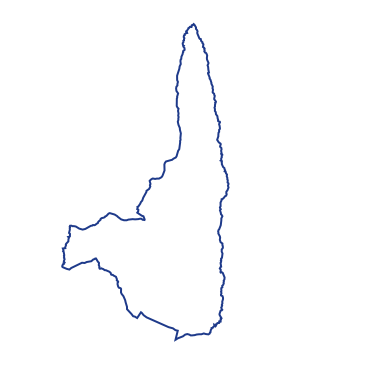 the district of Água Clara, Mato Grosso do Sul, Brazil, rotated 216°
{"feature_id": "56859067B67958328223895", "entity_name": "Água Clara", "entity_type": "district", "adm_level": 2, "iso_a3": "BRA", "parent_name": "Brazil", "parent_adm1": "Mato Grosso do Sul", "projection": "albers", "projection_center": [-52.844, -20.147], "detail": "fine", "context": "isolated", "style": "outline", "palette": "blue", "viewbox_px": 384, "rotation_deg": 216, "n_neighbors": 0, "source": "geoboundaries", "source_scale": "gbopen_adm2", "svg_char_len": 5997}
<svg xmlns="http://www.w3.org/2000/svg" viewBox="0 0 384 384"><g transform="rotate(216 192 192)"><path d="M253.4,55.7L252.7,55.2L251.9,55.3L248.1,56.2L245.6,57.2L245.0,59.6L239.4,70.1L237.1,71.5L236.0,73.5L232.8,76.8L232.2,79.4L231.3,80.6L231.2,81.3L230.6,81.8L227.2,80.3L225.8,80.1L225.3,79.6L224.5,78.1L223.1,77.3L222.5,76.2L221.6,75.7L220.9,76.2L220.6,76.9L218.3,77.5L216.8,77.4L215.7,78.1L212.1,78.9L210.4,78.8L208.9,77.7L208.1,77.9L207.4,78.4L206.3,78.3L203.7,78.7L201.5,77.3L200.9,76.3L199.2,76.2L198.8,75.6L198.9,75.0L198.1,73.7L196.3,72.2L195.0,71.6L193.2,72.2L192.4,71.9L190.4,69.0L189.0,68.2L186.2,67.4L182.5,65.2L180.8,63.7L177.1,60.9L175.7,59.0L169.2,57.7L166.6,56.9L165.0,57.6L162.3,57.8L162.6,64.7L161.6,64.7L158.7,63.9L155.0,63.9L131.5,68.9L127.3,70.5L124.2,70.5L122.0,71.4L118.5,62.8L117.4,65.4L114.5,69.9L113.7,72.6L112.3,74.3L110.2,75.1L108.8,75.2L107.8,75.9L105.7,77.8L104.4,79.5L102.5,81.2L100.8,82.4L99.3,84.5L97.3,85.2L95.0,86.5L94.5,87.9L94.9,88.8L94.6,89.3L95.6,91.2L95.8,92.9L96.2,93.4L95.4,94.3L95.5,95.5L95.0,96.7L95.5,97.2L94.1,97.0L94.0,97.7L94.2,98.2L94.9,98.8L94.3,99.2L94.4,100.9L93.1,101.9L93.1,102.6L93.6,102.7L93.9,103.3L92.8,104.1L93.7,105.0L93.5,105.6L93.8,106.4L94.4,106.7L94.1,107.3L96.7,108.4L97.6,108.9L98.1,109.6L99.1,112.7L98.9,113.3L98.4,113.7L98.3,114.5L99.4,114.9L100.5,115.8L100.4,116.4L100.9,117.9L101.5,118.1L102.0,119.9L103.0,120.9L104.0,123.7L105.0,124.9L106.1,125.7L107.7,125.4L108.3,126.1L108.7,127.5L109.9,128.4L110.0,129.2L111.4,130.8L111.8,131.6L111.4,132.7L112.4,133.8L112.2,135.3L112.7,136.9L113.2,137.2L113.7,138.5L114.2,138.8L114.4,140.3L115.4,142.0L119.5,144.6L120.7,144.6L121.4,143.7L122.0,144.0L122.2,144.8L123.2,146.1L124.5,146.4L124.8,148.0L124.5,148.7L127.2,151.4L127.4,152.7L128.4,153.6L128.3,154.2L128.9,154.6L129.3,155.2L129.1,156.4L131.2,160.2L132.9,161.2L134.2,163.0L134.1,164.5L134.5,165.4L135.5,166.5L136.2,166.9L137.1,168.2L139.4,168.2L141.4,169.7L142.3,171.5L143.4,172.5L146.3,173.9L147.0,175.0L147.7,175.5L148.2,176.9L148.1,177.8L149.2,182.0L151.6,186.3L152.7,187.8L153.2,190.3L154.8,191.0L155.4,191.0L156.7,192.3L158.7,193.7L158.6,195.0L159.9,195.5L160.4,196.0L160.5,197.3L162.7,200.2L163.1,202.3L163.8,203.6L163.2,204.1L162.8,206.1L162.8,207.9L162.2,209.1L162.7,210.7L163.5,211.1L164.4,212.5L164.3,214.1L165.1,217.1L166.6,218.2L167.1,219.8L167.6,220.4L168.8,220.6L170.0,222.6L170.9,223.0L171.7,224.2L173.1,225.1L174.0,226.7L175.5,227.1L176.7,228.2L177.7,227.9L178.0,229.1L178.7,229.3L179.9,230.4L181.5,230.5L184.3,232.1L184.8,233.0L185.4,233.4L185.9,234.5L187.2,234.3L187.1,235.0L188.1,236.3L188.4,237.9L189.0,238.3L189.4,239.3L189.3,239.9L189.7,240.1L190.2,239.7L190.9,240.0L191.0,240.9L192.7,242.5L193.2,243.9L194.2,244.9L195.5,245.0L196.1,245.4L196.8,247.5L197.3,247.9L199.5,247.9L202.3,249.0L203.5,252.7L204.1,253.4L205.4,255.6L205.4,256.6L206.6,258.2L206.5,259.3L206.8,259.9L208.7,261.9L209.7,262.5L210.1,263.2L210.3,264.8L210.8,265.2L212.1,264.7L212.7,264.8L213.6,266.1L214.3,266.4L216.1,268.3L218.3,269.0L219.8,270.6L221.1,271.0L222.2,272.6L223.4,273.5L223.7,274.8L224.6,275.9L225.1,277.3L225.7,277.7L225.5,278.6L225.8,279.2L228.5,280.1L229.0,280.7L230.1,283.2L230.9,283.5L231.9,284.5L233.5,284.6L234.0,284.9L235.1,287.1L236.4,288.0L237.2,289.5L240.0,291.0L240.3,291.6L243.1,293.7L244.4,294.1L244.7,294.7L246.1,295.7L248.7,297.3L249.0,297.8L248.5,298.6L250.5,300.4L252.5,302.7L253.9,303.7L254.2,305.5L254.5,306.1L257.7,308.0L258.7,309.1L260.0,311.4L261.7,312.5L262.9,312.8L263.5,312.5L264.8,313.1L265.1,314.2L266.2,314.9L266.2,315.5L267.0,315.8L268.4,315.8L269.6,318.2L271.1,318.6L271.5,319.3L273.2,319.5L274.9,320.9L275.5,320.5L276.3,320.6L280.7,323.3L281.3,323.8L282.0,325.3L283.3,326.0L284.7,326.3L285.5,327.5L288.3,328.7L289.4,328.8L289.4,327.6L290.0,327.2L290.2,326.5L289.7,326.0L289.4,325.2L290.8,324.3L290.8,323.1L291.2,322.6L290.9,322.1L291.0,321.0L290.8,319.6L291.2,318.5L290.5,317.8L289.9,318.1L289.4,317.8L290.2,316.8L290.7,315.2L290.1,314.7L290.4,313.7L289.8,312.5L288.6,312.0L288.3,310.9L287.6,310.0L287.9,309.3L287.0,308.2L287.0,306.9L286.4,306.2L285.2,305.2L284.6,305.4L284.6,304.7L284.1,304.4L282.8,304.1L281.7,302.9L281.5,302.4L282.0,301.1L281.8,300.4L281.3,300.0L281.3,299.4L280.6,297.9L280.1,295.3L278.9,293.3L279.0,292.5L278.3,291.1L276.3,288.9L275.8,286.3L274.7,284.3L272.4,277.3L269.8,273.8L268.1,272.8L267.3,270.8L266.4,269.6L266.5,268.0L265.7,266.4L264.0,264.6L261.2,263.6L260.1,260.4L259.4,259.6L259.2,258.7L254.9,252.6L253.4,251.8L251.9,251.5L251.0,249.4L249.1,247.7L248.0,245.6L246.9,244.8L246.4,243.6L245.4,242.3L244.8,240.5L242.3,238.3L239.6,236.7L238.2,235.1L235.5,232.9L233.1,228.8L231.9,227.5L231.7,226.4L230.7,225.1L227.5,219.2L227.4,217.1L225.5,211.9L225.4,210.4L226.6,208.0L227.0,206.4L231.0,201.4L231.0,199.5L230.5,198.0L226.9,193.3L225.6,188.6L225.3,187.0L225.5,185.7L226.6,183.4L228.3,182.2L229.5,180.9L231.6,179.9L232.0,179.3L232.6,177.7L232.8,176.1L230.3,174.1L230.1,172.8L229.0,172.0L228.7,170.6L228.5,169.3L229.5,166.2L228.9,165.1L228.1,158.7L227.2,155.8L227.4,153.7L227.0,152.2L226.9,148.6L227.4,147.9L226.5,146.9L226.3,146.0L225.0,146.1L224.2,144.8L224.1,143.1L218.7,143.3L217.0,143.8L214.2,142.0L214.0,141.4L215.7,140.5L217.1,140.6L218.3,139.9L219.5,138.5L222.0,136.4L224.0,135.2L227.2,132.3L228.2,130.8L230.3,129.2L233.2,128.2L237.6,128.3L238.2,128.5L241.3,128.3L246.1,126.6L246.8,125.5L247.2,122.3L247.9,121.1L247.8,120.3L248.4,119.3L249.7,117.8L250.1,116.6L249.7,115.8L250.3,112.8L249.9,111.5L250.5,110.3L250.9,108.6L251.4,107.8L252.7,107.1L252.8,106.4L254.0,105.1L256.6,99.4L258.4,97.3L261.7,96.1L265.7,95.8L267.6,94.9L268.4,94.2L269.9,93.8L270.8,93.0L270.5,91.9L269.8,91.6L269.6,90.8L268.7,89.8L267.4,86.6L266.1,86.4L264.7,84.3L264.8,83.8L265.7,82.9L264.6,82.5L264.2,81.2L263.0,79.3L263.4,76.1L263.2,75.3L262.7,75.0L262.0,72.5L261.5,72.1L263.3,70.4L261.7,69.3L261.5,68.3L260.7,68.2L258.2,65.8L258.2,65.2L257.0,64.1L256.9,63.5L255.6,62.8L255.0,60.6L253.6,60.0L254.1,58.8L253.4,58.5L253.8,57.0L253.4,55.7Z" fill="none" stroke="#1e3a8a" stroke-width="2"/></g></svg>